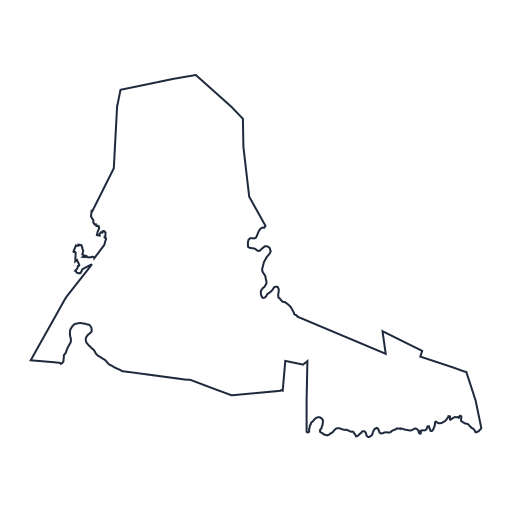 the district of San Gabriel Mixtepec, Oaxaca, Mexico
{"feature_id": "50627088B96439239090131", "entity_name": "San Gabriel Mixtepec", "entity_type": "district", "adm_level": 2, "iso_a3": "MEX", "parent_name": "Mexico", "parent_adm1": "Oaxaca", "projection": "equal_earth", "projection_center": [-97.031, 16.061], "detail": "fine", "context": "isolated", "style": "outline", "palette": "slate", "viewbox_px": 512, "rotation_deg": 0, "n_neighbors": 0, "source": "geoboundaries", "source_scale": "gbopen_adm2", "svg_char_len": 5944}
<svg xmlns="http://www.w3.org/2000/svg" viewBox="0 0 512 512"><path d="M117.1,106.3L113.8,168.3L92.3,211.2L91.6,210.9L91.0,216.4L92.3,218.7L93.1,219.8L93.3,219.9L93.4,221.4L93.2,222.4L93.7,222.9L94.0,223.6L94.2,223.8L94.6,224.4L95.0,224.7L95.8,224.3L96.4,226.0L97.5,225.7L97.6,226.2L98.8,226.3L99.1,228.3L97.7,231.6L96.9,235.1L99.7,235.6L99.5,234.2L100.9,232.3L102.3,232.7L102.8,231.8L102.7,231.2L104.0,231.0L104.3,231.3L104.3,231.5L105.5,232.4L105.5,233.5L105.4,236.1L105.2,236.7L104.9,237.1L104.6,237.0L104.6,237.5L106.1,238.4L104.3,244.9L94.3,258.2L94.2,257.2L92.0,256.7L91.5,257.2L89.4,257.3L88.0,257.4L86.9,256.6L86.5,256.0L86.0,255.9L86.1,256.2L85.9,256.8L85.4,257.1L82.8,256.9L84.2,255.6L82.3,254.4L83.2,251.2L82.9,249.8L82.6,249.4L82.4,248.5L82.2,247.6L81.5,245.3L81.3,245.1L80.2,245.2L79.8,244.8L78.4,244.6L78.4,245.7L77.3,245.8L76.0,245.4L73.4,251.6L73.7,252.0L74.6,251.6L75.0,252.1L75.4,252.3L75.7,252.9L75.6,253.5L75.3,261.4L77.0,260.0L79.3,264.9L79.2,265.3L78.9,265.8L77.9,266.0L77.6,267.7L77.2,268.5L76.8,269.1L75.1,270.8L75.7,271.1L75.9,271.5L76.7,272.4L76.8,272.7L79.0,273.3L79.3,273.1L79.9,273.3L80.7,272.8L82.4,269.2L89.9,265.2L91.4,264.6L92.0,264.3L67.0,296.1L65.0,299.1L30.7,360.3L53.6,362.2L60.1,362.9L60.9,363.9L61.9,363.3L62.9,362.3L63.3,361.9L63.5,360.7L63.5,360.0L63.8,357.9L63.9,355.1L64.6,354.4L65.3,353.4L66.2,351.9L66.3,351.1L67.9,347.1L68.5,346.2L70.8,342.0L70.9,339.4L70.7,337.9L70.3,337.0L70.0,334.7L69.9,333.5L70.0,331.3L70.3,329.6L72.5,326.0L74.3,324.3L75.5,323.9L76.5,323.6L77.2,323.5L77.8,323.3L80.1,323.0L82.5,323.3L84.2,323.7L85.4,323.7L86.9,324.4L88.7,324.6L89.7,325.2L90.4,326.2L91.3,327.6L91.5,328.4L91.7,330.4L91.6,331.4L90.9,332.3L90.2,332.9L89.4,333.7L88.1,334.6L86.6,336.5L86.1,337.6L85.7,338.9L85.8,340.3L86.0,341.5L86.5,342.7L88.6,345.2L89.1,345.8L90.1,346.4L91.1,347.7L92.4,348.7L94.0,350.2L95.0,351.9L96.0,353.8L97.9,355.6L100.6,357.2L102.3,358.4L103.5,359.0L105.3,360.2L106.4,361.4L108.1,363.5L109.8,364.9L111.0,365.3L114.7,367.5L116.2,368.2L121.1,370.4L121.9,371.1L185.5,379.6L190.2,379.8L210.5,387.5L231.6,395.3L280.3,390.8L281.2,390.1L281.9,390.5L282.7,390.7L285.3,360.9L303.1,364.6L307.4,361.1L306.6,400.5L306.6,402.8L306.6,431.8L307.3,432.4L308.3,432.4L309.1,431.7L309.2,430.4L309.0,429.2L309.5,428.1L309.9,425.4L310.6,424.7L310.8,423.7L311.3,422.5L312.4,421.7L313.2,420.8L313.9,420.1L314.5,419.2L316.2,417.9L317.1,417.5L317.8,417.3L318.8,417.2L319.9,417.3L321.1,418.2L321.9,418.6L322.4,419.6L323.0,420.4L322.8,422.7L322.6,424.5L322.3,425.6L321.7,426.8L321.6,427.9L321.1,428.8L320.2,429.7L319.9,430.7L320.2,432.0L322.0,433.0L322.8,433.7L323.4,433.8L324.0,434.6L325.2,434.8L327.5,435.4L328.1,435.0L329.5,434.4L330.2,433.6L331.5,433.1L332.1,432.6L333.4,431.4L334.4,430.1L335.1,429.4L335.6,428.9L336.9,428.3L338.4,428.2L339.9,428.4L342.6,429.4L343.7,429.7L344.7,429.9L345.7,429.9L346.5,429.7L347.5,430.2L348.1,430.4L350.6,431.6L351.5,431.7L352.5,431.6L353.3,431.9L353.8,432.6L354.1,433.4L354.9,434.2L355.3,434.9L356.1,436.4L357.6,435.9L358.4,435.3L359.1,434.6L359.7,434.2L360.0,433.6L361.3,432.7L362.2,431.4L363.1,431.2L364.5,431.4L365.6,432.4L366.2,433.9L366.5,435.6L367.2,436.3L367.8,436.8L368.4,437.0L369.0,437.0L369.8,436.7L371.9,435.1L372.6,433.6L372.8,432.4L373.7,430.5L374.1,429.9L374.5,429.2L374.9,428.7L375.8,428.6L376.5,427.9L377.1,428.0L378.0,428.7L378.6,429.9L378.9,430.9L379.6,432.6L380.8,433.5L383.2,433.1L383.8,432.7L384.8,432.4L385.7,432.3L387.1,432.3L388.3,432.6L389.5,432.5L390.8,432.0L391.7,431.0L393.0,430.4L394.1,429.8L395.5,429.6L396.2,428.7L396.9,428.4L398.5,428.7L399.2,428.5L399.7,428.5L400.3,429.0L401.1,428.4L404.5,429.5L409.9,430.5L411.2,430.4L413.7,429.2L414.8,428.5L415.7,428.5L417.1,429.3L417.9,430.0L418.7,431.4L418.8,432.7L419.7,433.6L420.7,433.5L420.9,431.9L420.4,431.0L421.1,430.5L423.1,430.3L424.3,430.4L425.2,430.2L426.3,429.4L426.7,428.8L427.2,427.0L427.7,426.4L428.9,426.2L429.2,427.0L429.3,428.0L429.9,428.8L430.6,430.9L431.3,431.1L431.9,431.0L433.0,429.8L433.6,428.7L433.8,427.7L434.7,426.1L434.7,425.2L435.0,424.2L435.0,423.0L435.3,421.9L436.0,421.6L438.2,423.2L440.2,423.2L441.6,423.0L445.1,421.0L446.1,420.0L446.8,419.0L448.1,417.3L448.4,416.2L449.1,416.1L449.9,416.4L450.1,418.0L449.9,419.1L450.3,419.8L453.4,417.8L454.7,417.1L456.3,417.2L457.0,417.1L458.1,417.2L458.5,417.8L459.0,417.7L459.2,416.7L459.9,415.8L460.8,415.9L461.4,416.9L461.3,417.9L461.0,419.5L461.1,420.9L461.7,421.5L462.5,421.8L463.3,422.5L464.0,422.8L464.8,423.4L465.8,423.5L467.2,423.9L468.4,424.4L469.2,425.5L470.1,426.4L471.0,427.1L471.6,428.0L472.9,428.4L474.4,430.0L475.2,431.8L475.9,432.4L476.7,432.2L477.4,431.6L478.4,431.5L480.0,429.7L480.7,429.1L481.3,428.0L475.6,400.5L466.3,371.9L464.5,371.6L452.9,367.4L420.3,356.6L422.2,350.9L382.5,331.2L385.7,353.8L297.5,316.7L297.2,316.0L296.6,315.6L296.3,315.2L295.4,314.9L294.6,314.5L294.2,314.1L294.1,313.4L293.9,312.7L292.9,311.0L292.2,309.5L290.9,307.3L289.5,305.7L286.8,303.4L285.5,302.7L285.2,302.2L284.8,302.0L283.1,301.9L282.4,301.7L281.7,300.7L280.9,300.1L280.5,299.3L279.7,298.6L279.4,298.1L278.8,297.8L278.3,297.3L278.2,294.2L278.6,292.2L278.8,290.3L278.6,288.8L277.6,286.9L276.7,286.6L274.4,287.0L273.3,288.5L272.5,289.9L271.0,291.5L270.2,292.0L269.1,293.0L267.8,293.7L266.9,294.7L266.2,296.2L265.4,297.1L264.1,297.8L263.0,297.9L262.3,297.5L261.6,296.3L261.1,295.1L260.9,293.3L260.8,291.9L261.1,290.5L262.9,288.0L264.2,287.1L265.3,285.6L266.3,283.6L266.6,282.4L266.1,280.2L265.7,278.6L265.5,276.6L264.8,275.2L263.1,272.7L262.3,270.9L262.1,269.4L263.9,262.2L266.7,257.1L269.5,253.8L270.7,251.4L269.7,248.0L267.6,246.4L265.0,246.2L262.3,248.3L259.6,250.9L257.8,250.9L254.9,248.7L252.5,248.2L249.7,247.9L248.0,246.7L247.9,242.8L248.4,240.0L250.0,238.3L252.0,238.2L254.5,238.4L256.0,237.6L257.0,235.5L258.4,231.9L260.1,229.1L262.5,227.5L264.1,227.8L265.5,225.9L249.2,196.7L243.4,146.9L242.9,118.8L231.5,106.9L195.8,75.0L173.1,78.9L120.5,89.8L117.2,106.3L117.1,106.3Z" fill="none" stroke="#1e293b" stroke-width="2"/></svg>